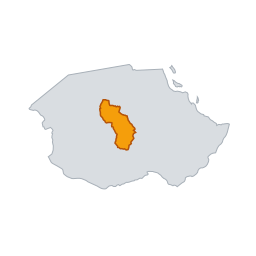 Singida highlighted on a map of United Republic of Tanzania, rotated 321°
{"feature_id": "TZA-3390", "entity_name": "Singida", "entity_type": "Region", "adm_level": 1, "iso_a3": "TZA", "parent_name": "United Republic of Tanzania", "parent_adm1": "", "projection": "albers", "projection_center": [34.489, -5.65], "detail": "fine", "context": "in_parent", "style": "filled", "palette": "amber", "viewbox_px": 256, "rotation_deg": 321, "n_neighbors": 0, "source": "natural_earth", "source_scale": "10m", "svg_char_len": 5687}
<svg xmlns="http://www.w3.org/2000/svg" viewBox="0 0 256 256"><g transform="rotate(321 128 128)"><path d="M99.7,172.9L97.3,171.6L95.1,170.9L93.4,170.0L92.6,169.2L90.9,168.9L89.5,168.8L88.2,168.0L85.4,167.7L85.1,167.2L85.1,166.1L84.6,165.8L83.6,165.5L82.6,165.5L81.9,165.7L81.5,165.6L80.6,164.9L79.8,164.1L79.5,162.7L78.2,161.9L76.8,161.2L72.8,161.3L72.2,161.1L71.2,160.4L70.1,159.3L69.2,158.0L68.4,156.2L67.6,153.9L62.9,144.4L62.5,142.6L61.5,140.7L60.1,138.2L58.5,136.4L56.4,134.8L54.0,133.2L52.7,132.1L50.2,127.7L49.6,125.6L49.2,123.4L49.4,122.5L50.9,119.7L51.1,119.0L50.9,117.9L50.1,115.7L49.1,113.0L47.1,108.1L46.8,106.9L46.8,105.9L47.9,100.9L47.9,100.2L52.5,100.3L55.9,98.1L58.8,94.8L59.4,93.4L60.5,91.3L61.7,90.3L62.2,89.6L62.8,87.5L64.3,86.0L65.8,85.0L65.5,84.2L65.7,83.9L66.6,83.3L68.1,82.8L68.4,81.7L68.4,80.5L68.2,79.8L68.2,79.0L68.0,78.6L66.9,78.5L65.4,77.9L64.1,77.6L63.2,77.2L62.9,77.0L62.7,76.2L63.4,74.3L62.7,73.6L64.3,70.4L64.6,70.0L65.2,69.9L66.1,69.6L66.9,69.4L67.7,69.6L68.2,69.4L68.6,69.1L69.0,68.0L69.3,66.2L69.1,64.7L68.4,63.6L68.3,61.9L68.5,59.6L68.3,57.7L67.6,56.2L66.8,55.3L65.6,54.8L63.8,52.5L63.2,51.4L63.3,50.7L64.0,50.4L65.1,50.5L66.2,50.2L67.2,49.5L68.2,49.3L68.7,49.4L115.0,49.3L168.9,79.4L169.1,79.8L169.5,82.4L169.4,83.2L168.6,84.7L168.3,85.5L168.3,86.0L168.5,86.3L169.2,86.3L169.8,86.7L170.0,87.0L170.5,88.1L171.1,88.7L191.4,103.6L191.9,103.8L191.6,105.0L190.4,108.0L190.3,109.3L189.8,110.7L189.4,111.7L188.2,115.9L187.2,117.5L185.8,121.2L185.6,124.0L186.3,126.0L186.6,127.9L188.1,129.7L189.4,130.3L190.2,131.2L191.7,133.1L192.6,135.0L195.3,136.0L196.3,138.1L195.9,139.6L194.7,140.8L193.5,142.8L192.5,145.4L192.4,149.3L193.1,148.7L194.5,149.7L194.7,152.6L193.2,156.0L192.7,157.6L192.6,159.0L193.6,163.0L195.2,165.1L195.1,165.8L194.7,166.3L197.4,170.0L197.2,173.2L198.2,175.7L198.6,177.8L199.3,179.5L199.4,180.6L198.5,181.9L200.6,182.2L201.7,183.2L202.3,184.2L203.7,184.2L204.5,184.9L205.6,185.5L208.1,187.1L208.8,188.0L209.2,188.8L202.3,193.9L199.8,195.3L198.0,195.9L196.1,196.2L194.3,197.0L192.5,198.3L190.4,198.9L187.7,198.9L184.9,199.8L180.5,202.4L177.9,200.9L175.9,200.4L173.6,200.5L172.2,200.6L171.7,201.0L171.3,201.9L170.9,203.4L169.4,204.8L166.7,206.2L164.3,206.7L162.0,206.3L160.5,205.7L159.7,204.9L158.6,204.6L157.0,204.6L155.5,205.2L154.1,206.3L151.9,206.7L148.8,206.6L147.1,206.0L146.9,205.1L145.6,204.1L143.1,202.9L141.3,202.8L140.1,204.0L139.0,204.7L138.1,205.0L137.2,205.0L136.0,204.7L132.5,204.6L129.3,204.6L129.0,203.0L128.3,201.9L127.7,201.3L126.6,201.2L126.3,200.7L125.9,199.7L125.4,198.8L124.7,198.0L124.2,197.4L124.1,196.7L124.2,196.0L124.9,194.3L125.1,193.1L125.0,191.9L124.6,190.7L123.9,189.2L124.0,188.8L123.7,187.8L123.7,187.1L123.8,186.2L123.7,185.1L123.0,182.6L123.0,182.0L122.3,180.8L120.2,178.0L120.1,177.6L116.7,174.7L115.3,174.1L114.8,174.7L114.7,175.1L114.8,176.1L114.7,176.5L113.8,176.7L113.3,176.6L112.0,175.8L111.0,175.6L108.5,175.8L107.7,176.0L107.0,175.8L105.7,174.5L104.1,174.2L102.7,174.1L100.5,172.7L99.7,172.9ZM195.7,125.6L196.8,128.8L196.6,129.3L195.9,129.7L195.4,129.7L195.0,129.2L194.6,128.2L194.0,128.4L193.0,127.1L192.0,127.1L191.1,125.6L191.5,124.2L191.3,122.0L192.4,120.9L193.0,118.9L193.7,120.3L193.9,122.3L194.8,124.7L195.7,125.6ZM201.3,107.0L201.3,107.7L201.1,108.4L201.1,110.7L201.0,112.1L200.2,114.2L199.5,114.9L198.9,114.7L198.4,114.3L198.0,113.8L198.8,110.0L198.5,107.3L200.0,107.6L201.3,107.0ZM198.6,152.2L197.8,152.3L197.5,152.2L197.0,151.5L197.9,151.0L198.7,150.0L200.6,148.5L201.5,147.4L201.4,148.5L200.3,151.0L199.4,151.2L198.6,152.2Z" fill="#d9dde1" stroke="#a8b0b8" stroke-width="1"/><path d="M135.0,105.9L135.0,106.4L134.8,106.9L134.7,107.3L131.1,109.7L131.0,110.2L131.3,110.7L131.4,111.3L131.3,111.8L131.5,112.4L131.8,113.0L132.0,114.0L132.4,114.5L132.8,114.9L132.9,115.4L133.2,115.8L133.4,115.9L133.6,116.1L133.8,116.2L133.9,116.5L133.9,116.8L134.3,117.4L134.8,117.9L134.9,118.3L134.6,118.7L134.2,119.1L134.1,119.7L134.0,120.3L133.6,120.8L133.1,122.0L133.0,123.7L132.7,125.1L132.8,126.3L133.1,126.9L133.2,127.4L133.2,128.0L133.0,128.4L132.8,129.8L133.1,132.3L132.7,133.3L130.8,133.3L131.1,134.7L131.1,136.3L130.6,136.1L129.9,136.0L129.3,135.9L128.8,135.8L128.6,136.0L128.3,136.2L128.0,136.3L127.7,136.5L127.1,136.9L126.6,137.3L126.4,138.7L125.9,139.8L121.6,140.7L120.8,141.5L120.9,142.0L120.6,142.2L119.9,142.3L119.2,142.3L118.6,142.1L117.9,142.1L117.4,142.6L116.9,143.2L115.7,144.1L114.5,144.8L113.8,144.5L113.2,144.1L112.9,144.0L112.7,143.8L112.6,143.2L112.3,142.6L112.3,142.2L112.1,141.9L111.3,141.6L111.0,141.3L110.8,141.0L110.4,140.4L109.9,139.9L109.3,139.6L108.9,139.0L108.8,138.2L108.6,137.5L108.3,137.0L107.8,136.6L108.5,135.3L108.4,133.8L108.5,132.2L108.3,131.9L109.0,131.0L109.2,130.9L110.3,130.5L111.8,129.0L112.4,128.6L112.7,128.4L113.0,128.4L113.7,127.4L114.6,126.7L115.6,126.0L115.5,125.5L115.3,125.0L115.4,123.8L116.1,120.9L116.2,119.6L116.2,119.3L116.3,119.1L116.7,118.7L117.0,118.1L116.9,117.5L116.5,117.1L116.2,116.8L116.8,115.8L117.8,115.0L118.3,114.4L118.7,113.8L118.4,113.4L117.1,112.0L116.6,111.7L116.1,111.3L115.5,110.9L114.7,110.7L114.3,110.2L114.2,109.6L114.1,109.0L114.5,107.8L114.4,107.3L114.1,106.6L114.1,105.8L114.6,104.4L114.6,103.1L114.4,101.9L114.7,100.6L116.5,98.3L117.1,96.9L117.9,95.6L118.2,95.3L118.7,95.5L119.1,95.5L119.2,95.0L119.4,94.8L119.5,94.5L119.6,93.9L120.1,93.4L121.0,93.1L121.4,92.7L121.8,92.4L122.3,92.3L122.9,92.1L125.4,91.1L125.6,90.8L126.0,90.5L126.5,90.4L127.4,91.2L128.4,92.0L128.9,93.1L130.2,94.5L130.2,94.9L129.4,96.0L128.6,97.4L128.1,98.9L128.7,99.7L129.7,100.3L130.5,101.1L131.0,102.3L132.0,102.8L132.1,103.3L132.1,104.0L132.7,104.4L133.6,104.5L134.1,105.6L135.0,105.9Z" fill="#f59e0b" stroke="#b45309" stroke-width="1.5"/></g></svg>